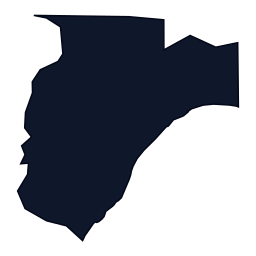 Pulaski, Illinois, United States of America (Equal Earth projection)
{"feature_id": "52423323B7209485651557", "entity_name": "Pulaski", "entity_type": "district", "adm_level": 2, "iso_a3": "USA", "parent_name": "United States of America", "parent_adm1": "Illinois", "projection": "equal_earth", "projection_center": [-89.12, 37.202], "detail": "fine", "context": "isolated", "style": "filled", "palette": "ink", "viewbox_px": 256, "rotation_deg": 0, "n_neighbors": 0, "source": "geoboundaries", "source_scale": "gbopen_adm2", "svg_char_len": 846}
<svg xmlns="http://www.w3.org/2000/svg" viewBox="0 0 256 256"><path d="M238.4,106.9L237.7,42.7L215.7,47.2L190.1,35.5L163.9,49.9L163.8,19.8L129.0,16.7L84.4,16.1L33.8,15.4L46.4,17.9L60.5,26.9L62.9,53.9L58.0,61.5L40.3,69.7L32.3,81.8L32.5,92.8L25.5,112.4L24.7,127.9L31.5,137.0L21.6,145.8L25.1,154.7L20.7,163.8L28.5,163.1L27.6,174.4L17.6,191.0L25.1,208.6L46.6,220.8L66.4,225.8L82.6,240.6L85.0,235.5L93.7,223.1L95.8,221.8L96.7,222.4L98.8,221.6L102.1,218.9L104.1,216.4L105.6,211.9L106.2,211.0L112.5,206.3L114.5,204.2L115.5,202.4L118.6,200.4L121.4,197.7L129.2,179.2L130.7,174.7L131.3,171.2L133.1,166.1L137.2,158.4L143.8,150.3L155.4,138.8L166.1,126.9L168.4,126.0L173.3,119.9L183.5,115.8L188.7,111.4L187.0,112.0L191.8,108.7L203.1,105.1L213.6,104.1L229.4,105.0L235.2,105.9L236.0,106.0L238.4,106.9Z" fill="#0f172a" stroke="#020617" stroke-width="1.5"/></svg>